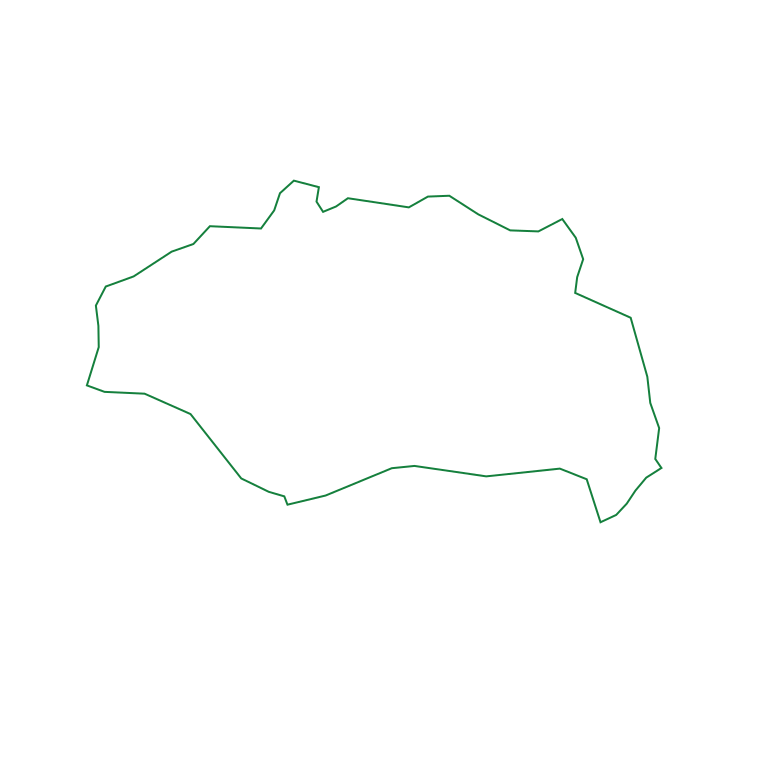 the Province of Rutana, rotated 54°
{"feature_id": "BDI-2634", "entity_name": "Rutana", "entity_type": "Province", "adm_level": 1, "iso_a3": "BDI", "parent_name": "Burundi", "parent_adm1": "", "projection": "orthographic", "projection_center": [30.114, -3.886], "detail": "fine", "context": "isolated", "style": "outline", "palette": "green", "viewbox_px": 768, "rotation_deg": 54, "n_neighbors": 0, "source": "natural_earth", "source_scale": "10m", "svg_char_len": 837}
<svg xmlns="http://www.w3.org/2000/svg" viewBox="0 0 768 768"><g transform="rotate(54 384 384)"><path d="M615.0,208.9L613.9,226.9L618.0,243.2L623.5,258.0L626.4,273.1L623.1,290.1L580.2,276.0L555.8,291.5L518.8,355.6L468.2,407.5L456.7,427.2L439.9,496.8L424.9,533.0L424.4,532.9L416.3,530.7L403.5,540.6L376.5,555.0L294.6,558.2L251.1,583.4L226.1,614.7L210.5,625.2L186.5,593.1L169.1,580.9L151.2,571.0L141.6,551.8L149.8,523.3L152.1,478.0L158.7,455.9L154.0,432.1L185.9,392.1L179.0,370.8L168.5,356.0L166.5,337.4L186.5,321.0L196.8,331.4L208.9,332.1L212.2,318.5L212.5,304.0L255.7,260.1L258.2,238.3L270.1,220.5L302.2,208.0L333.9,191.6L351.3,169.4L355.3,142.8L378.4,142.9L400.1,149.5L411.1,164.9L422.7,175.8L475.4,145.5L532.9,166.7L555.8,179.7L581.4,187.3L604.1,208.6L614.5,208.9L615.0,208.9Z" fill="none" stroke="#15803d" stroke-width="2"/></g></svg>